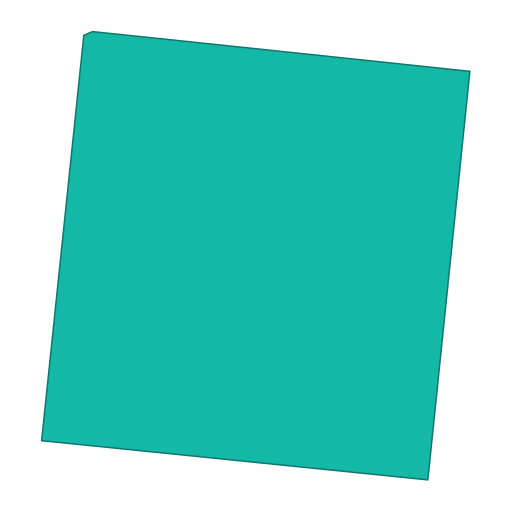 Wheeler, Nebraska, United States of America, rotated 276°
{"feature_id": "52423323B94161938394802", "entity_name": "Wheeler", "entity_type": "district", "adm_level": 2, "iso_a3": "USA", "parent_name": "United States of America", "parent_adm1": "Nebraska", "projection": "natural_earth1", "projection_center": [-98.469, 41.915], "detail": "fine", "context": "isolated", "style": "filled", "palette": "teal", "viewbox_px": 512, "rotation_deg": 276, "n_neighbors": 0, "source": "geoboundaries", "source_scale": "gbopen_adm2", "svg_char_len": 261}
<svg xmlns="http://www.w3.org/2000/svg" viewBox="0 0 512 512"><g transform="rotate(276 256 256)"><path d="M462.1,255.6L462.1,70.0L457.5,61.7L49.9,62.1L51.3,450.2L57.4,450.3L462.0,449.4L462.1,255.6Z" fill="#14b8a6" stroke="#0f766e" stroke-width="1.5"/></g></svg>